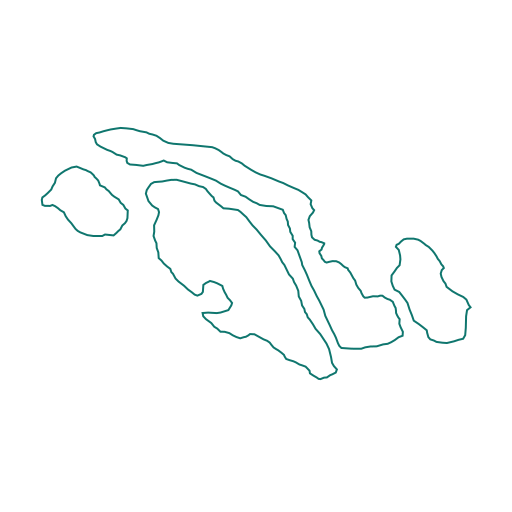 Ekerö, Stockholm, Sweden, rotated 184°
{"feature_id": "70781695B4978180418475", "entity_name": "Ekerö", "entity_type": "district", "adm_level": 2, "iso_a3": "SWE", "parent_name": "Sweden", "parent_adm1": "Stockholm", "projection": "natural_earth1", "projection_center": [17.669, 59.36], "detail": "fine", "context": "isolated", "style": "outline", "palette": "teal", "viewbox_px": 512, "rotation_deg": 184, "n_neighbors": 0, "source": "geoboundaries", "source_scale": "gbopen_adm2", "svg_char_len": 6123}
<svg xmlns="http://www.w3.org/2000/svg" viewBox="0 0 512 512"><g transform="rotate(184 256 256)"><path d="M183.1,137.7L179.6,139.4L176.8,139.8L173.7,142.3L171.6,143.3L168.3,145.3L167.4,148.5L170.6,151.6L172.7,154.7L174.1,160.4L176.6,168.2L179.6,173.6L186.5,182.6L191.5,187.5L194.4,191.8L198.0,196.4L200.1,198.4L201.3,201.5L203.2,203.5L204.1,206.6L206.6,209.9L207.8,214.4L210.5,218.6L211.4,224.2L213.9,229.3L216.2,232.6L217.7,236.0L221.8,239.9L227.1,249.1L229.4,251.6L231.2,254.7L233.5,258.2L237.5,262.0L242.7,266.6L247.3,272.2L252.8,277.7L257.2,282.4L261.6,286.3L265.1,290.2L268.4,294.1L271.0,296.1L274.5,298.9L277.2,300.6L286.2,301.3L291.8,301.3L294.4,303.2L299.6,306.6L301.3,308.3L302.5,311.5L304.2,312.6L306.7,315.0L309.0,317.3L310.7,319.4L313.6,321.1L317.7,321.7L321.9,323.2L326.1,323.7L331.1,324.7L334.7,325.4L340.5,326.5L346.0,326.0L350.3,325.0L354.7,323.8L358.1,323.3L362.7,322.6L365.8,320.6L368.1,316.8L369.6,314.1L370.2,310.5L368.3,306.1L367.1,303.3L363.1,299.1L360.2,297.4L357.0,296.0L355.8,293.0L356.2,289.8L357.7,285.1L359.8,279.5L359.2,273.2L359.6,268.8L357.7,264.4L356.2,261.8L355.6,257.1L353.7,252.8L352.9,247.1L350.0,244.9L347.5,242.1L343.9,239.3L340.6,237.2L339.3,234.0L337.6,232.5L334.7,227.9L331.6,225.2L325.7,221.3L321.6,217.9L317.6,215.4L314.5,213.2L311.7,212.4L307.8,214.4L306.5,216.5L306.5,223.5L304.0,225.6L301.5,227.0L300.2,227.9L296.1,227.1L292.9,226.1L287.5,223.8L286.6,221.2L284.8,217.8L283.1,215.3L281.4,212.3L278.9,210.1L276.6,207.5L277.2,205.0L279.8,200.1L287.5,197.1L291.2,196.3L299.8,196.2L305.3,195.4L304.4,192.2L301.5,189.5L295.9,186.0L292.7,182.5L289.6,180.9L286.2,178.0L282.0,178.2L277.2,177.2L273.7,175.3L269.9,173.8L266.0,172.8L262.4,174.2L260.5,174.7L258.2,176.2L256.5,177.7L252.1,177.8L242.7,173.4L239.0,172.2L236.3,170.6L234.4,168.4L232.1,166.0L229.4,164.5L227.3,163.5L223.9,161.3L221.2,159.3L220.4,157.7L218.7,155.4L215.5,154.5L211.4,153.6L208.9,152.7L205.1,150.8L202.6,150.2L198.8,149.1L197.1,147.6L194.6,145.3L194.0,142.7L190.4,140.7L186.9,139.0L185.0,137.8L183.1,137.7ZM164.4,170.2L154.2,170.2L144.6,170.8L140.7,172.5L135.6,173.7L129.3,174.3L123.0,176.7L118.5,177.6L115.2,179.4L111.7,181.8L108.1,184.9L104.2,186.7L104.2,190.6L106.8,195.1L108.3,198.4L108.3,203.0L109.8,204.7L111.2,206.9L112.3,209.0L112.5,211.0L113.1,213.9L114.4,215.9L115.8,218.7L116.3,219.8L119.4,221.7L121.9,222.3L124.6,223.5L127.1,225.2L129.4,225.1L131.7,224.2L136.5,224.0L139.1,223.2L142.0,222.3L144.7,222.0L146.2,223.3L148.2,226.4L149.1,228.5L151.8,231.3L153.9,234.4L155.4,238.4L157.3,240.6L158.9,243.1L160.8,246.1L163.1,248.6L163.7,250.1L166.7,251.1L168.5,252.3L170.4,253.9L172.7,255.4L175.7,256.4L179.4,256.2L182.5,255.3L185.1,254.4L186.9,255.0L188.6,256.9L190.1,258.2L190.9,260.7L192.8,263.2L193.2,265.1L191.1,267.0L190.7,269.0L189.7,270.8L188.8,272.7L188.8,273.4L191.7,274.4L193.4,274.6L195.7,275.7L198.7,276.3L201.4,278.5L202.2,281.0L202.6,284.6L204.5,288.4L205.3,292.7L206.2,295.7L205.1,299.5L202.2,303.3L201.2,305.8L203.1,307.6L205.1,311.5L204.7,315.3L208.1,318.2L210.8,320.9L214.1,322.7L218.3,324.9L223.1,326.5L229.0,328.6L234.0,330.7L238.2,331.9L246.1,334.6L253.2,336.6L257.4,337.6L262.2,339.4L266.8,341.6L270.7,343.7L273.7,345.3L276.6,347.4L280.4,349.1L283.1,349.6L286.0,351.0L289.3,353.6L292.7,354.6L295.8,356.0L297.7,357.3L300.6,359.1L304.2,360.6L307.3,361.5L317.3,361.8L326.5,362.1L346.4,362.2L351.4,362.7L356.6,364.6L360.1,367.0L363.7,369.0L367.7,370.0L371.0,370.5L373.9,371.7L380.6,372.4L384.2,373.2L387.3,374.0L394.2,374.3L400.0,374.3L404.2,373.4L409.8,372.1L413.6,370.9L416.9,369.8L420.7,368.3L424.0,367.4L426.1,365.6L426.4,364.0L424.7,361.5L423.8,358.4L422.4,356.3L418.8,354.3L411.9,351.5L408.6,350.6L406.5,349.8L402.1,347.4L398.6,346.9L393.4,345.4L391.7,344.4L391.7,341.9L390.9,339.9L388.1,338.5L382.1,338.5L374.8,338.1L371.2,339.2L365.8,340.5L362.7,341.6L359.5,342.6L356.8,343.8L354.7,344.8L351.2,343.3L346.0,343.0L341.3,342.9L339.0,341.4L333.4,339.1L330.1,338.2L326.7,337.6L321.1,334.7L312.3,332.0L306.0,330.0L301.2,328.4L296.2,325.7L291.9,324.0L286.8,322.2L282.0,320.6L278.5,319.2L275.3,315.8L270.5,314.4L266.8,312.1L262.6,309.8L259.0,308.7L255.9,307.2L249.2,306.6L242.3,306.8L237.1,305.3L232.5,304.0L231.0,300.8L229.2,298.8L228.1,295.2L226.7,292.6L226.2,289.2L224.1,285.8L223.5,282.5L220.8,278.7L220.6,275.4L217.9,272.0L218.1,267.8L215.0,264.6L212.6,259.1L209.9,253.0L209.3,250.3L206.2,245.1L203.9,240.8L201.1,235.0L198.6,230.1L195.7,225.7L192.6,220.2L189.8,215.9L184.8,207.2L182.7,201.1L177.7,192.3L175.0,187.3L172.5,183.5L170.6,180.1L168.1,174.6L166.6,172.1L164.4,170.2ZM43.6,187.9L41.8,191.6L41.7,198.9L42.2,210.6L41.7,216.7L38.4,219.8L40.3,221.9L43.1,227.2L46.4,229.6L52.0,231.8L57.6,234.5L63.7,238.5L65.1,241.7L67.2,244.0L69.5,248.0L70.5,251.3L69.7,254.9L67.8,257.1L68.6,258.8L70.5,260.6L72.4,263.7L74.5,265.9L75.8,268.1L78.3,271.4L80.4,273.7L84.3,277.1L87.5,278.8L88.9,279.9L92.9,282.5L95.4,283.6L100.0,284.3L106.7,283.8L109.8,282.9L112.3,280.6L114.4,278.1L116.5,277.0L117.1,274.9L114.0,272.0L112.3,266.6L111.7,262.7L112.1,256.8L114.6,253.9L116.7,250.3L119.4,246.1L119.2,240.1L117.5,235.8L115.4,232.1L110.6,230.1L107.7,226.9L104.1,222.8L101.6,219.7L99.1,213.4L96.4,207.9L94.1,202.5L88.9,199.5L84.5,196.6L80.5,193.8L79.9,191.3L78.4,187.1L76.3,185.0L72.7,184.1L70.0,182.9L64.1,182.5L59.5,182.5L52.5,184.7L48.1,186.5L43.6,187.9ZM408.1,266.9L399.5,266.6L397.0,269.1L395.1,271.3L393.2,273.1L391.5,277.1L389.0,279.6L387.6,281.9L386.9,284.8L387.1,292.5L389.6,294.2L391.9,297.7L394.7,299.6L396.9,302.9L401.5,305.3L403.9,306.9L405.5,308.5L407.4,310.5L409.9,312.1L411.6,313.9L416.6,315.6L417.2,317.3L418.7,320.3L420.6,322.1L422.6,323.7L423.3,325.0L424.9,326.4L426.8,327.9L429.9,329.0L431.6,329.8L434.3,330.4L437.5,331.5L441.2,332.7L446.2,331.4L449.0,329.8L452.5,327.8L456.1,325.0L458.8,322.5L460.9,319.6L461.7,315.0L463.8,311.2L464.9,308.0L468.2,304.2L470.5,301.8L473.2,299.5L473.6,297.0L472.6,292.1L470.1,291.3L464.9,291.6L462.6,292.7L459.9,291.7L456.9,289.9L454.4,288.0L450.7,286.2L448.6,282.4L446.1,279.2L442.5,275.8L440.4,273.3L437.9,270.4L435.6,268.6L432.9,267.3L429.0,266.1L425.8,265.1L419.6,264.6L410.8,265.2L408.1,266.9Z" fill="none" stroke="#0f766e" stroke-width="2"/></g></svg>